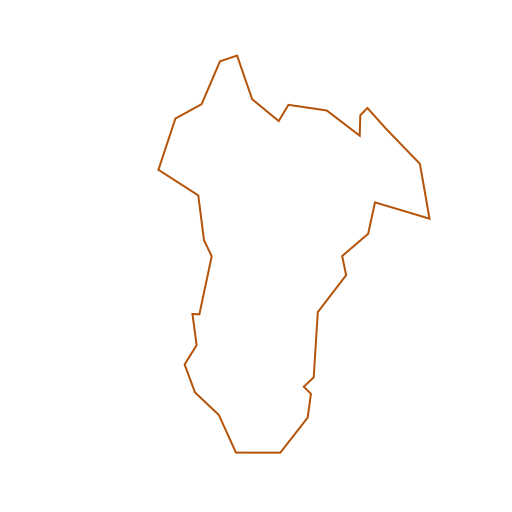 outline of Mundri West, Western Equatoria, South Sudan, rotated 28°
{"feature_id": "79223893B75409904988016", "entity_name": "Mundri West", "entity_type": "district", "adm_level": 2, "iso_a3": "SSD", "parent_name": "South Sudan", "parent_adm1": "Western Equatoria", "projection": "albers", "projection_center": [30.244, 5.152], "detail": "fine", "context": "isolated", "style": "outline", "palette": "amber", "viewbox_px": 512, "rotation_deg": 28, "n_neighbors": 0, "source": "geoboundaries", "source_scale": "gbopen_adm2", "svg_char_len": 615}
<svg xmlns="http://www.w3.org/2000/svg" viewBox="0 0 512 512"><g transform="rotate(28 256 256)"><path d="M369.7,418.3L369.8,418.2L377.5,374.4L369.2,351.9L359.6,349.0L363.9,336.0L336.9,276.5L344.6,230.6L332.1,215.6L344.6,183.7L335.9,152.8L391.7,141.6L357.5,97.7L311.3,82.7L284.9,73.0L282.0,82.7L291.1,101.1L250.2,94.3L213.7,107.3L212.7,126.2L179.0,119.4L145.2,87.9L132.8,101.0L136.7,147.4L120.3,172.5L129.4,225.7L176.6,229.6L202.6,266.4L217.0,277.0L233.4,334.1L227.1,337.0L245.4,362.6L243.9,385.3L266.2,405.1L297.8,413.8L330.6,439.0L355.4,425.9L369.7,418.3Z" fill="none" stroke="#b45309" stroke-width="2"/></g></svg>